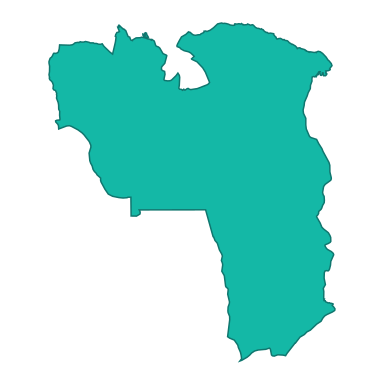 outline of Tuek Chhou, Kâmpôt, Cambodia, rotated 180°
{"feature_id": "14789045B84051189014149", "entity_name": "Tuek Chhou", "entity_type": "district", "adm_level": 2, "iso_a3": "KHM", "parent_name": "Cambodia", "parent_adm1": "Kâmpôt", "projection": "robinson", "projection_center": [104.095, 10.787], "detail": "fine", "context": "isolated", "style": "filled", "palette": "teal", "viewbox_px": 384, "rotation_deg": 180, "n_neighbors": 0, "source": "geoboundaries", "source_scale": "gbopen_adm2", "svg_char_len": 5928}
<svg xmlns="http://www.w3.org/2000/svg" viewBox="0 0 384 384"><g transform="rotate(180 192 192)"><path d="M144.1,23.0L142.2,23.7L137.0,26.7L134.3,28.9L132.4,31.0L129.4,33.0L125.8,34.0L118.2,34.7L114.6,35.9L114.0,35.5L113.5,34.3L112.5,29.1L111.6,28.2L109.8,27.9L106.2,29.2L100.9,28.9L98.4,28.3L97.0,30.6L88.9,41.0L88.6,40.9L84.0,46.9L79.6,49.5L77.1,52.1L73.6,53.9L67.4,59.8L62.9,62.8L61.3,65.7L59.4,68.0L57.2,69.4L51.6,72.0L49.3,73.5L49.0,75.1L50.2,76.9L51.8,78.7L50.9,79.8L51.0,80.2L52.7,80.7L53.6,80.6L54.3,81.2L55.9,81.1L58.3,82.2L58.8,83.3L60.0,83.4L60.1,84.0L59.6,85.0L60.3,85.2L60.2,92.5L60.7,95.6L58.6,99.4L59.9,105.9L59.7,111.3L59.0,113.0L57.6,113.4L55.9,113.1L55.2,113.6L54.5,114.9L53.5,118.8L53.2,122.6L50.3,129.2L50.7,130.6L52.6,132.4L56.4,134.5L57.5,135.5L58.8,137.6L59.1,138.7L58.6,139.3L55.5,140.6L53.8,141.7L53.2,142.6L53.3,146.6L54.1,148.6L55.6,151.2L60.5,155.1L62.2,156.9L63.8,160.9L67.3,167.0L67.4,167.8L66.1,169.2L65.4,170.6L65.3,172.5L63.0,174.6L62.3,175.8L61.3,178.7L59.8,181.3L59.6,183.7L59.9,187.7L60.9,189.4L61.4,191.6L60.4,197.4L58.9,199.6L53.3,203.7L52.7,205.1L52.8,206.6L54.1,212.0L54.2,218.7L55.0,221.5L61.0,232.6L62.1,235.4L65.3,240.4L67.4,244.6L72.6,246.3L73.6,246.8L74.6,247.8L77.7,255.0L78.2,259.0L78.2,265.7L80.5,270.6L80.9,274.0L79.9,278.3L79.5,281.9L76.8,288.1L75.8,291.3L73.7,295.3L73.5,298.8L72.0,302.9L72.1,305.0L71.8,307.0L70.5,307.5L69.2,307.1L68.1,308.1L67.8,307.4L66.9,308.7L66.9,309.7L66.5,310.0L65.5,309.5L65.4,310.1L66.0,310.6L65.3,312.1L64.7,312.4L63.9,312.3L64.3,311.4L63.4,308.8L62.8,308.6L61.8,309.2L61.5,310.4L61.7,311.0L61.3,311.2L60.8,311.0L60.9,309.7L60.4,308.3L58.4,308.3L57.3,309.5L57.2,310.3L57.6,310.8L58.0,310.6L58.3,311.2L57.9,312.4L58.2,313.0L55.4,313.4L54.0,314.1L53.8,314.7L54.3,315.2L54.0,315.8L52.0,318.3L52.7,320.4L54.8,323.0L56.1,324.1L57.9,326.9L61.4,330.6L63.7,332.2L65.8,332.7L67.1,332.2L67.8,331.4L68.3,331.8L69.8,331.5L73.3,332.1L74.1,332.1L74.3,331.8L74.9,332.2L75.5,332.0L76.0,332.5L77.5,332.8L77.8,333.0L77.8,333.4L78.7,333.7L78.8,334.1L79.6,334.5L83.2,335.5L84.1,336.2L85.9,336.0L86.7,335.4L87.3,336.6L88.6,338.0L91.6,339.8L92.2,339.6L93.2,340.5L94.8,341.3L95.6,342.4L96.8,343.3L98.9,343.6L100.0,344.5L100.9,344.1L103.4,345.6L105.1,345.5L106.9,344.9L107.8,345.9L107.9,346.8L108.5,347.1L110.1,349.1L110.3,350.3L113.6,350.9L115.4,350.6L117.1,351.7L117.8,351.5L119.7,352.8L120.9,354.3L121.9,354.5L122.4,355.2L123.3,354.8L125.2,355.6L126.8,355.7L128.5,356.6L130.7,358.9L131.7,359.3L133.4,358.8L136.3,360.0L136.5,359.6L137.8,359.3L139.8,359.1L140.8,359.5L141.0,359.2L142.5,360.5L143.5,359.9L145.0,360.3L147.2,359.9L149.1,360.2L149.4,359.9L149.4,358.8L151.1,358.6L153.8,359.0L155.4,359.8L158.0,360.5L159.7,360.7L160.9,360.5L162.3,361.0L163.9,360.7L166.4,360.1L170.4,356.3L173.8,353.8L177.1,352.5L178.2,353.0L180.0,352.8L180.0,351.9L180.6,351.3L183.0,350.2L183.9,349.3L186.0,349.2L188.5,348.7L190.4,349.0L191.6,349.7L193.9,351.7L194.7,351.9L195.1,351.6L195.6,352.1L198.0,349.7L202.5,347.1L204.5,343.7L206.5,339.9L207.1,338.2L206.9,337.4L204.3,336.4L203.0,335.0L199.9,333.3L195.5,332.2L193.4,331.1L190.2,328.1L189.9,327.6L192.5,325.1L192.2,324.7L187.0,322.2L181.3,316.2L178.6,311.8L174.4,301.6L175.5,300.1L176.9,299.2L186.7,295.4L193.2,294.4L194.5,294.7L195.9,295.6L196.9,295.3L198.9,293.9L199.6,294.0L200.2,294.8L201.5,293.7L202.5,294.6L204.4,294.8L205.2,295.8L204.7,298.7L204.3,306.7L204.7,308.7L206.1,310.9L208.0,308.3L212.6,303.8L214.3,303.2L216.4,303.1L219.5,303.6L220.1,304.4L219.0,309.7L219.4,312.6L221.2,313.3L222.5,314.3L222.5,316.0L222.3,317.2L219.2,320.7L217.2,328.3L217.5,328.8L221.0,330.4L224.2,335.9L225.5,337.0L227.8,337.9L228.4,338.8L229.7,342.9L232.1,344.6L232.8,344.6L232.8,344.0L234.6,344.9L236.4,345.1L238.9,346.1L242.3,346.8L243.8,346.3L247.9,346.1L251.2,344.2L251.5,343.4L253.0,343.8L253.9,345.6L254.2,346.8L255.9,347.5L258.3,353.5L258.8,353.7L259.6,354.7L260.7,354.8L260.8,355.2L262.3,356.3L264.8,358.8L265.3,358.8L265.5,358.5L264.8,357.1L265.1,356.8L265.6,356.9L265.8,357.3L266.4,357.0L264.6,352.5L265.1,352.4L265.3,351.9L267.1,351.5L268.3,349.4L268.7,347.6L267.9,347.0L268.6,341.9L271.4,329.9L274.1,331.9L280.0,337.6L281.8,340.2L283.4,339.7L285.5,339.8L287.3,340.5L289.9,340.6L290.6,341.1L293.8,341.1L294.9,341.7L298.5,342.5L300.4,341.9L302.3,341.9L303.9,342.3L304.5,341.6L305.3,341.4L305.8,341.7L308.9,341.2L310.7,339.7L312.2,339.1L314.6,338.8L324.4,339.1L324.8,335.0L325.6,332.2L326.1,331.5L327.2,330.9L328.5,330.6L330.1,330.8L330.6,330.3L331.6,328.1L332.4,326.9L333.9,325.7L335.0,322.5L335.0,320.9L334.4,317.8L334.5,312.3L335.0,309.3L334.4,306.3L334.7,306.0L334.5,305.0L334.1,304.2L332.6,302.9L331.6,301.6L330.6,298.8L331.0,295.4L330.3,294.2L328.5,293.5L327.3,290.7L327.5,289.4L327.2,288.2L327.5,285.9L325.8,281.4L325.4,279.0L325.3,274.8L324.3,272.7L324.4,268.6L324.0,264.9L324.3,264.0L327.1,263.8L328.4,263.2L328.3,262.1L326.0,259.5L325.5,258.0L325.3,255.0L317.4,258.0L314.7,258.3L312.7,257.7L306.1,254.2L302.0,251.2L300.0,249.2L294.8,242.5L293.2,238.8L293.1,236.8L294.9,230.9L294.2,223.3L293.3,220.7L291.9,218.2L290.9,214.5L289.6,212.5L287.8,210.7L286.9,209.1L283.4,206.0L283.4,203.7L283.0,202.1L279.0,194.7L275.7,189.9L271.4,187.7L265.0,186.4L260.9,186.0L256.9,186.3L255.9,186.8L253.1,186.8L252.9,168.0L247.5,167.9L244.1,169.9L243.8,171.2L244.0,172.5L244.8,174.1L178.4,174.2L170.9,147.3L170.4,147.1L169.0,143.5L166.9,141.1L166.4,139.9L164.6,134.1L162.4,130.2L161.6,128.0L162.6,123.5L161.6,120.9L161.3,119.1L162.2,112.8L159.7,108.3L158.4,97.9L157.9,96.9L156.2,95.5L155.8,94.4L156.3,89.8L154.5,82.1L154.7,80.3L155.9,77.0L156.1,73.1L155.9,71.4L154.4,67.7L154.3,64.2L156.4,47.3L154.4,45.9L149.7,43.9L146.2,38.9L145.6,36.4L143.6,31.9L142.9,28.9L142.4,25.3L144.1,23.0ZM240.6,348.0L239.4,347.2L237.1,346.6L235.8,346.5L235.6,346.7L237.3,349.6L237.5,350.8L238.4,351.3L239.3,350.8L238.6,348.8L239.1,348.2L239.1,348.7L240.1,349.2L240.1,349.6L241.1,350.0L241.1,348.9L240.6,348.0Z" fill="#14b8a6" stroke="#0f766e" stroke-width="1.5"/></g></svg>